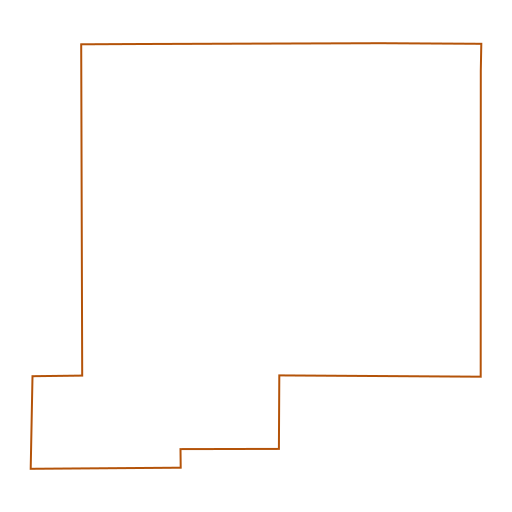 Chickasaw, Mississippi, United States of America
{"feature_id": "52423323B84097929612493", "entity_name": "Chickasaw", "entity_type": "district", "adm_level": 2, "iso_a3": "USA", "parent_name": "United States of America", "parent_adm1": "Mississippi", "projection": "equal_earth", "projection_center": [-88.985, 33.907], "detail": "fine", "context": "isolated", "style": "outline", "palette": "amber", "viewbox_px": 512, "rotation_deg": 0, "n_neighbors": 0, "source": "geoboundaries", "source_scale": "gbopen_adm2", "svg_char_len": 284}
<svg xmlns="http://www.w3.org/2000/svg" viewBox="0 0 512 512"><path d="M81.2,44.3L82.2,375.6L32.5,376.2L30.7,468.8L180.7,467.7L180.5,449.1L278.9,448.9L279.3,375.4L480.7,376.7L480.8,70.6L481.3,43.8L380.8,43.2L142.5,44.0L81.2,44.3Z" fill="none" stroke="#b45309" stroke-width="2"/></svg>